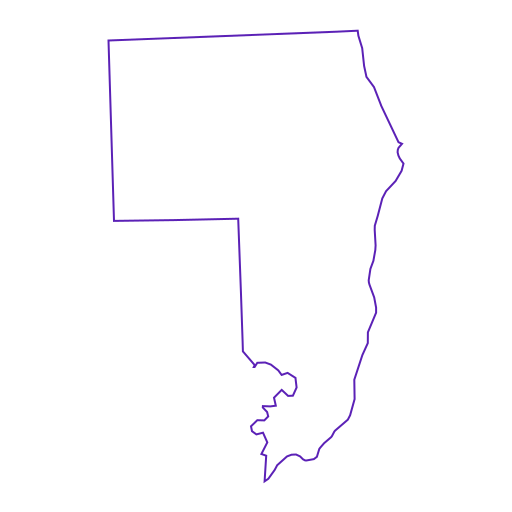 St. Clair, Michigan, United States of America
{"feature_id": "52423323B46909170803204", "entity_name": "St. Clair", "entity_type": "district", "adm_level": 2, "iso_a3": "USA", "parent_name": "United States of America", "parent_adm1": "Michigan", "projection": "orthographic", "projection_center": [-82.589, 42.844], "detail": "fine", "context": "isolated", "style": "outline", "palette": "violet", "viewbox_px": 512, "rotation_deg": 0, "n_neighbors": 0, "source": "geoboundaries", "source_scale": "gbopen_adm2", "svg_char_len": 1366}
<svg xmlns="http://www.w3.org/2000/svg" viewBox="0 0 512 512"><path d="M114.0,220.9L173.9,220.1L238.2,218.7L240.9,291.3L242.6,341.1L242.9,351.4L254.7,365.1L253.8,367.0L254.6,367.0L257.3,362.8L265.2,362.5L270.9,364.6L278.3,370.4L281.6,374.9L287.6,372.9L295.5,377.9L295.7,380.0L296.6,387.5L292.9,395.7L288.1,395.9L281.7,389.9L274.0,397.7L275.8,405.7L270.3,406.4L262.9,406.1L262.8,407.5L267.1,412.0L268.2,416.4L264.3,420.4L257.3,420.2L251.0,426.3L252.0,431.2L256.4,434.4L263.0,432.7L267.3,442.4L261.4,454.0L266.2,455.7L264.6,481.3L268.3,478.8L274.7,469.9L277.2,465.2L283.8,459.3L286.9,456.5L287.8,456.1L291.6,454.7L296.0,454.5L300.1,456.4L303.0,459.3L305.1,460.4L306.3,460.5L313.9,459.1L316.9,456.8L319.3,448.9L320.2,447.7L324.1,443.2L331.2,437.1L332.0,436.0L334.3,431.6L335.1,430.6L347.8,419.7L350.1,415.3L354.6,399.1L354.3,379.7L362.4,355.0L367.8,343.1L367.9,332.3L376.1,312.7L376.1,307.6L374.2,297.4L369.5,284.7L368.9,282.5L368.7,280.3L370.4,268.9L373.4,260.8L375.3,250.1L375.6,245.4L374.7,229.9L374.8,225.7L377.7,216.0L382.3,198.4L386.0,191.3L386.3,190.9L395.6,181.0L401.6,170.8L403.5,163.6L399.8,158.5L398.4,155.5L397.6,152.3L397.8,149.8L398.6,147.7L402.0,143.8L398.5,142.2L381.0,105.3L381.0,105.1L374.0,87.1L366.4,76.8L366.1,75.2L364.1,65.9L362.2,48.2L358.4,35.8L357.7,30.7L336.6,31.7L108.5,40.5L114.0,220.9Z" fill="none" stroke="#5b21b6" stroke-width="2"/></svg>